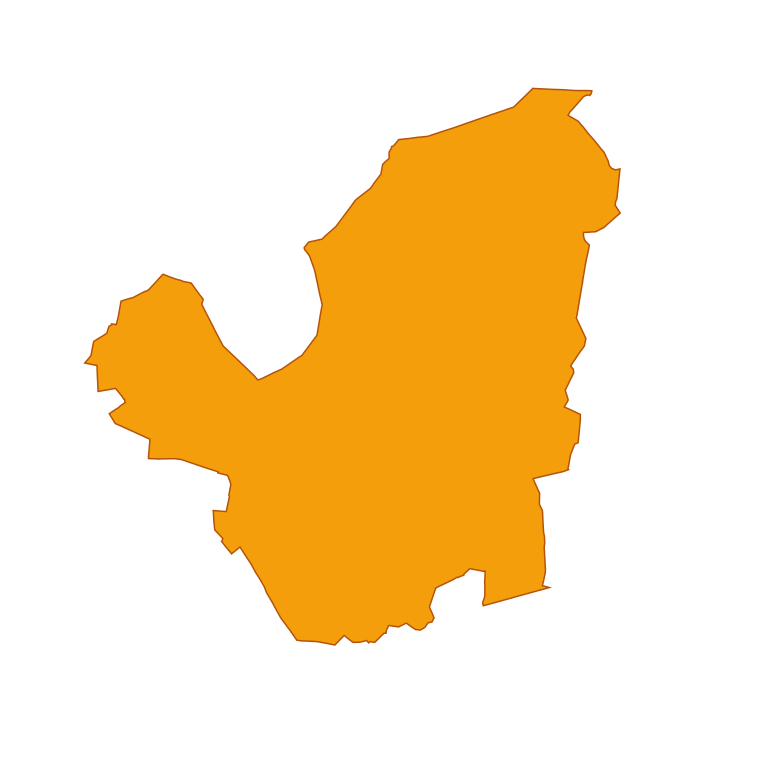 Mārsnēnu pag., Priekulu, Latvia (Albers equal-area conic projection), rotated 345°
{"feature_id": "27541924B8577335378902", "entity_name": "Mārsnēnu pag.", "entity_type": "district", "adm_level": 2, "iso_a3": "LVA", "parent_name": "Latvia", "parent_adm1": "Priekulu", "projection": "albers", "projection_center": [25.58, 57.424], "detail": "fine", "context": "isolated", "style": "filled", "palette": "amber", "viewbox_px": 768, "rotation_deg": 345, "n_neighbors": 0, "source": "geoboundaries", "source_scale": "gbopen_adm2", "svg_char_len": 6087}
<svg xmlns="http://www.w3.org/2000/svg" viewBox="0 0 768 768"><g transform="rotate(345 384 384)"><path d="M452.8,156.6L452.8,157.0L452.5,157.7L452.1,158.2L449.8,160.4L449.4,160.8L449.0,161.3L448.6,162.3L447.6,166.5L447.4,167.3L447.3,167.5L443.1,169.5L439.5,171.5L438.3,174.2L435.3,180.5L425.6,188.0L424.9,188.8L423.2,190.2L421.4,191.6L420.7,191.9L418.5,192.8L406.4,197.9L404.5,198.8L403.1,199.7L398.3,203.7L392.1,208.6L390.0,210.2L386.1,213.3L381.5,216.9L379.4,218.6L378.6,219.2L378.4,219.3L377.2,220.0L371.6,222.8L365.3,225.9L361.8,228.0L356.7,227.8L352.2,227.6L351.0,227.5L348.5,227.4L347.7,227.6L343.6,230.6L343.1,230.9L342.5,231.2L342.1,232.0L342.1,233.0L342.2,233.8L342.9,235.2L345.2,240.9L346.4,255.7L346.3,259.1L345.1,281.6L344.9,288.9L344.8,291.5L342.7,295.8L340.7,300.0L338.8,304.3L332.6,318.0L332.1,319.0L331.8,319.6L331.4,319.9L313.3,334.2L313.1,334.4L312.9,334.6L312.7,334.7L311.5,335.3L308.3,336.3L290.6,342.6L289.2,343.1L280.0,344.6L274.8,345.7L266.4,347.3L263.1,347.4L260.8,342.4L258.4,338.5L253.5,330.3L252.2,328.3L250.4,325.2L243.6,314.1L238.4,305.5L234.4,287.8L233.9,285.0L232.2,276.9L230.6,269.7L228.7,260.3L228.7,259.8L228.8,259.4L229.4,258.6L231.0,256.1L231.1,255.1L230.9,254.3L230.5,253.5L229.2,250.5L226.4,243.2L223.9,236.6L221.0,235.1L216.8,233.1L215.0,231.6L213.3,230.6L212.3,230.1L208.9,228.0L203.0,223.8L199.4,221.1L198.9,220.8L198.7,220.9L198.3,221.1L192.8,224.6L189.0,227.1L181.1,232.0L179.8,232.4L179.9,232.5L177.5,232.9L177.2,232.6L163.7,235.6L159.4,235.5L151.4,235.9L148.1,243.0L147.4,244.5L144.7,250.3L141.4,256.2L140.8,257.3L136.9,255.6L137.0,255.9L133.1,257.3L129.3,263.3L126.2,264.3L120.3,266.0L115.1,267.6L114.7,267.8L114.1,268.7L108.5,280.3L108.2,280.7L107.7,281.2L105.5,282.8L100.4,286.3L109.8,291.0L111.4,291.7L111.6,291.8L110.6,295.9L109.5,300.8L105.9,317.2L123.6,318.8L128.0,328.8L128.6,331.2L129.0,331.4L129.4,331.7L129.4,332.4L129.2,333.0L129.2,334.0L129.4,334.7L129.0,334.9L126.3,336.0L125.4,336.2L122.9,337.3L122.6,337.4L121.7,338.0L120.0,338.6L118.4,339.0L110.9,341.6L113.3,349.5L114.2,352.6L128.5,364.3L143.5,376.7L143.3,377.8L140.6,385.3L137.7,393.2L137.2,395.1L139.3,395.7L140.4,396.1L141.9,396.5L146.9,398.1L156.8,400.5L162.5,402.0L168.7,404.5L190.3,419.0L200.5,425.5L200.9,425.7L200.4,426.8L209.3,431.8L210.1,439.1L210.0,441.6L205.5,450.9L205.4,451.3L205.7,452.5L204.8,454.2L198.6,466.4L186.3,462.0L184.6,470.5L184.4,470.9L182.8,480.8L182.8,481.2L188.3,491.5L187.1,493.4L186.8,493.6L186.3,493.9L186.4,494.2L186.9,495.2L188.8,499.8L191.0,504.5L192.0,506.7L192.4,507.7L192.8,508.6L202.7,504.2L207.2,518.2L208.9,523.1L211.0,531.8L211.1,532.4L213.3,539.2L214.8,544.8L215.8,548.5L216.6,555.3L220.0,567.7L220.3,569.3L223.6,582.8L229.8,598.7L233.5,608.9L236.7,610.3L237.1,610.5L252.4,615.4L262.8,620.3L269.0,623.4L280.4,616.6L285.4,623.3L287.3,625.6L293.9,627.2L300.3,627.3L300.8,627.2L302.2,630.1L304.0,629.2L307.6,631.0L308.7,630.9L319.5,624.7L321.4,625.3L322.7,622.3L326.1,618.5L335.2,622.4L343.3,620.8L343.8,620.9L348.9,627.1L351.2,629.5L351.4,629.4L352.6,630.0L355.5,631.1L360.4,629.7L364.7,626.1L368.8,626.3L369.3,625.7L370.3,624.5L370.8,623.8L371.6,623.0L371.7,622.7L371.8,622.7L370.9,615.9L370.2,611.3L370.3,610.9L378.0,599.2L378.6,598.3L378.7,598.2L381.2,594.5L384.3,593.8L384.5,593.7L386.4,593.3L386.5,593.4L391.9,592.4L399.9,590.9L402.1,590.3L404.6,589.6L404.8,589.6L405.3,590.1L408.0,589.6L411.6,589.3L411.8,589.2L412.0,588.3L419.1,584.6L431.5,590.6L432.1,590.9L433.0,590.7L433.1,591.7L432.8,592.4L432.5,593.7L432.0,595.0L431.6,596.5L431.3,597.5L430.9,598.4L430.7,599.2L430.5,599.8L430.3,600.3L430.1,601.0L429.9,601.5L429.8,601.9L429.7,602.6L429.5,603.4L429.4,604.1L429.2,604.9L429.0,605.5L428.4,608.0L427.7,610.5L427.0,613.2L426.4,614.9L425.6,616.5L423.2,620.0L422.5,621.4L422.5,623.9L438.9,623.8L460.1,623.6L473.3,623.5L491.0,623.4L488.9,622.1L484.8,619.9L485.5,618.5L487.0,615.7L491.1,607.7L492.2,604.0L492.3,603.1L496.5,583.1L497.2,581.6L498.2,578.8L499.5,572.8L499.6,571.0L499.7,569.0L500.6,564.2L501.0,562.4L502.7,554.6L503.9,549.3L504.2,547.2L504.2,546.8L503.0,540.7L503.0,540.4L503.1,540.1L503.2,539.6L505.2,532.6L505.7,531.1L505.8,530.7L506.0,530.2L506.0,529.9L505.9,529.4L504.0,517.4L503.6,514.8L503.5,514.0L505.2,514.0L506.3,514.1L509.0,514.1L521.2,514.5L527.1,514.7L534.6,515.0L539.5,514.5L540.0,514.5L539.7,514.1L539.6,513.9L542.4,508.1L545.7,500.9L549.2,496.1L552.6,491.5L556.3,491.0L557.3,488.3L561.5,477.2L564.2,470.0L565.8,464.2L558.1,457.7L552.5,453.1L552.2,452.8L555.9,449.2L557.8,447.1L557.6,440.5L557.4,436.8L557.6,436.7L570.2,422.3L570.7,418.6L569.8,416.9L568.9,414.8L569.3,414.5L582.9,402.7L583.8,402.1L587.3,399.2L590.8,392.3L588.3,378.2L586.8,370.1L587.4,369.1L587.6,368.8L588.6,366.5L589.5,364.6L590.8,361.9L594.5,353.6L596.1,350.2L597.9,346.2L598.5,345.0L599.2,343.4L601.0,339.5L602.5,336.4L602.3,336.3L606.4,327.5L609.2,321.3L611.1,317.3L616.8,306.3L618.3,302.8L618.1,302.5L616.1,299.2L615.2,297.5L615.2,297.0L614.9,294.9L615.1,292.8L615.2,291.7L615.9,289.2L619.3,290.0L628.1,291.7L637.0,289.7L643.5,286.4L647.6,284.3L656.4,280.0L653.6,271.2L654.7,268.2L657.0,265.1L667.6,237.3L667.4,237.3L664.8,237.2L663.8,237.1L662.9,237.0L659.6,234.6L659.2,233.6L658.2,231.4L658.2,226.4L658.0,225.4L657.7,223.8L656.6,217.4L656.3,216.5L655.1,214.3L654.9,213.9L649.3,201.2L648.0,198.7L645.7,194.1L644.9,192.0L643.6,188.8L641.2,184.0L640.4,181.9L639.7,180.6L637.8,178.6L631.3,172.1L633.7,169.6L645.8,161.7L651.0,158.1L653.0,157.7L654.2,157.5L654.7,157.5L655.8,157.6L656.4,157.8L657.2,158.5L657.7,158.4L658.5,157.9L658.9,157.5L659.3,157.0L660.3,155.5L660.6,154.5L656.7,153.3L647.1,150.7L641.2,148.9L633.5,146.2L629.0,144.8L625.1,143.7L603.9,136.9L603.6,137.4L592.6,143.6L590.2,144.9L587.1,146.6L580.9,150.1L580.6,150.1L573.9,150.5L572.6,150.7L562.0,151.3L561.7,151.4L560.5,151.5L559.0,151.5L552.7,152.0L548.3,152.3L535.8,153.2L533.0,153.4L528.4,153.8L521.3,154.3L517.8,154.6L511.2,154.9L492.8,155.9L491.7,156.1L490.7,156.0L490.0,156.0L483.6,155.0L481.3,154.6L480.9,154.5L476.5,153.9L472.8,153.5L468.5,152.8L461.2,151.7L460.9,152.2L454.7,156.6L452.8,156.6Z" fill="#f59e0b" stroke="#b45309" stroke-width="1.5"/></g></svg>